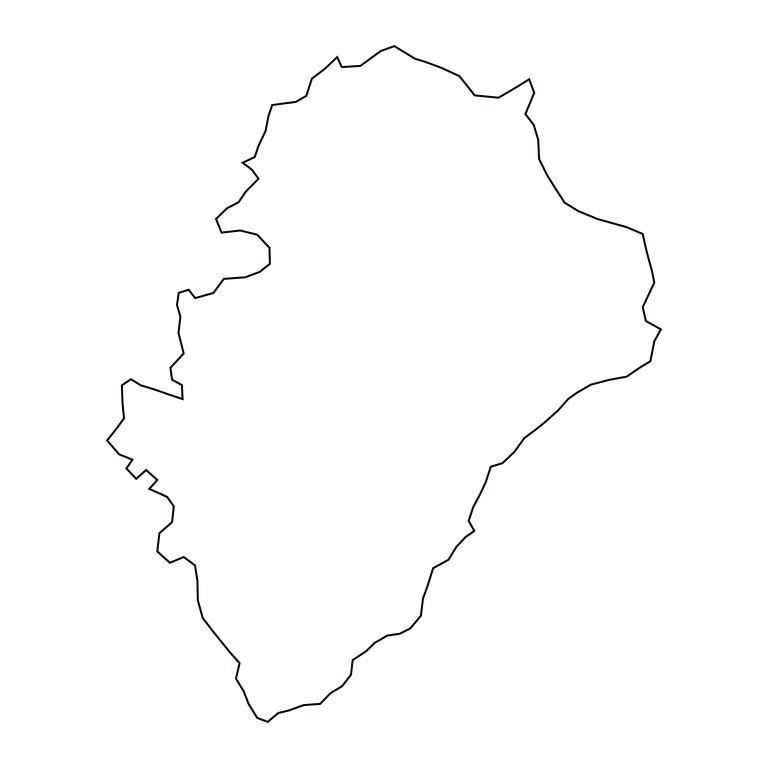 Capela do Alto, São Paulo, Brazil (Mercator projection)
{"feature_id": "56859067B13342023452969", "entity_name": "Capela do Alto", "entity_type": "district", "adm_level": 2, "iso_a3": "BRA", "parent_name": "Brazil", "parent_adm1": "São Paulo", "projection": "mercator", "projection_center": [-47.738, -23.473], "detail": "fine", "context": "isolated", "style": "outline", "palette": "ink", "viewbox_px": 768, "rotation_deg": 0, "n_neighbors": 0, "source": "geoboundaries", "source_scale": "gbopen_adm2", "svg_char_len": 1849}
<svg xmlns="http://www.w3.org/2000/svg" viewBox="0 0 768 768"><path d="M202.7,618.0L213.3,631.8L230.0,652.4L239.6,663.2L236.0,678.6L243.7,691.3L248.6,703.9L257.2,717.9L267.7,721.9L278.3,713.0L288.8,710.5L303.6,705.1L320.1,703.9L330.6,693.1L342.2,686.1L351.0,674.7L352.7,660.1L366.4,651.0L374.8,642.8L387.2,635.6L399.9,633.7L410.4,628.3L420.9,615.7L423.0,598.4L427.5,586.2L433.1,568.2L448.4,559.8L456.5,546.7L465.5,537.1L474.3,531.0L468.7,520.9L473.2,507.1L479.7,495.0L485.7,482.3L490.8,466.7L502.4,463.2L514.4,451.9L524.3,438.1L536.5,429.0L544.9,422.2L558.0,410.5L568.3,398.9L577.3,392.5L591.0,384.6L609.0,379.9L626.8,376.6L639.5,367.8L650.4,361.2L654.3,341.3L660.9,329.4L645.9,321.0L642.7,307.2L654.3,282.6L652.1,271.6L646.6,251.3L642.7,234.0L626.8,227.2L612.9,223.3L597.4,219.0L578.3,211.1L564.6,202.7L554.7,187.3L546.8,174.6L539.1,159.0L538.2,139.8L533.7,124.8L525.4,114.1L534.2,92.8L529.2,79.3L510.6,90.7L498.5,97.7L474.7,95.4L459.5,76.2L441.3,67.8L424.8,61.7L414.9,58.7L394.3,46.1L380.8,51.0L372.4,57.1L360.4,65.9L341.7,67.1L337.2,57.1L324.6,69.0L311.9,78.6L306.3,95.9L295.8,101.9L272.2,105.0L268.4,116.4L265.6,130.9L258.5,145.9L254.7,157.1L242.6,162.7L251.9,169.7L258.5,178.8L245.9,191.5L238.6,202.2L227.0,208.3L216.0,219.0L221.6,232.6L240.3,230.5L257.2,234.7L269.5,247.8L269.9,263.9L259.6,271.9L245.2,277.3L223.8,278.9L213.5,292.9L195.2,298.1L188.6,289.7L178.7,292.9L177.0,304.9L180.4,316.8L178.5,332.9L183.7,353.5L170.4,367.8L172.1,379.7L181.9,385.1L182.6,399.1L169.9,394.9L156.0,390.0L140.8,385.3L130.9,379.2L121.9,385.3L122.5,403.1L124.0,418.3L117.6,427.2L107.1,440.5L119.1,454.3L132.4,459.7L126.4,468.5L136.2,478.8L146.1,470.0L157.3,480.0L149.3,488.9L167.1,496.9L173.8,506.4L172.1,522.1L159.4,533.3L157.3,551.4L169.9,562.8L183.7,557.0L195.0,565.4L197.4,580.4L197.8,600.2L202.7,618.0Z" fill="none" stroke="#020617" stroke-width="2"/></svg>